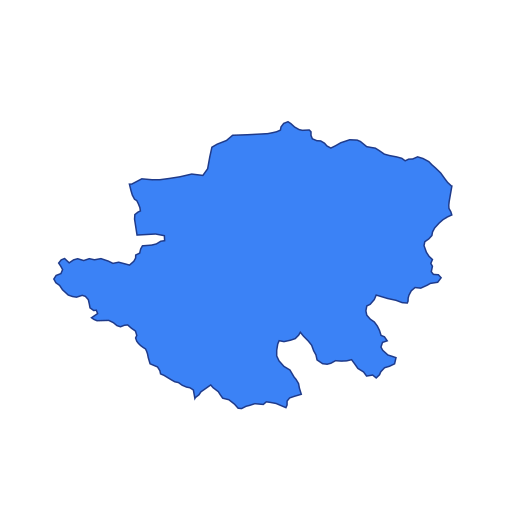 Raub, Pahang, Malaysia (Robinson projection), rotated 113°
{"feature_id": "92858781B38754902087589", "entity_name": "Raub", "entity_type": "district", "adm_level": 2, "iso_a3": "MYS", "parent_name": "Malaysia", "parent_adm1": "Pahang", "projection": "robinson", "projection_center": [101.866, 3.837], "detail": "fine", "context": "isolated", "style": "filled", "palette": "blue", "viewbox_px": 512, "rotation_deg": 113, "n_neighbors": 0, "source": "geoboundaries", "source_scale": "gbopen_adm2", "svg_char_len": 3461}
<svg xmlns="http://www.w3.org/2000/svg" viewBox="0 0 512 512"><g transform="rotate(113 256 256)"><path d="M138.8,293.0L147.7,311.2L154.0,324.7L161.2,328.3L168.3,335.5L173.1,339.1L182.7,337.3L194.6,334.6L202.6,336.4L205.7,347.2L212.9,357.1L218.5,366.1L223.3,374.2L226.4,381.4L229.6,391.3L238.4,398.5L239.3,400.6L244.7,396.6L248.3,393.6L251.2,390.0L251.6,387.4L253.8,384.8L256.8,381.8L259.7,380.0L261.7,381.8L265.2,383.7L269.5,382.2L283.2,373.7L275.0,357.1L273.1,348.3L277.6,346.1L279.6,349.4L283.8,352.4L286.8,356.4L291.0,364.5L294.6,364.9L298.8,364.2L302.1,367.1L305.0,366.0L308.6,366.4L313.8,368.9L314.5,374.1L315.4,380.0L318.7,384.8L318.4,390.0L319.0,397.7L322.6,403.2L323.6,408.4L327.5,412.8L328.2,419.1L330.8,422.4L335.3,425.3L333.1,431.2L335.7,433.8L339.6,434.9L341.5,432.0L344.1,428.7L348.4,428.7L352.0,432.4L356.2,433.1L356.5,432.7L358.8,429.8L359.8,425.3L362.7,420.9L365.3,413.6L365.0,409.1L364.0,405.1L360.1,400.6L359.8,397.3L361.7,393.3L365.3,390.7L368.6,388.5L369.6,384.1L368.3,381.8L370.9,379.3L377.1,383.3L377.7,380.4L377.7,377.1L374.8,370.8L372.8,366.4L373.1,361.2L374.4,356.8L374.1,353.1L371.2,350.1L369.6,347.2L371.2,342.4L372.2,337.6L375.7,334.7L378.5,334.8L381.0,332.5L382.4,330.1L383.5,327.3L384.3,324.0L384.7,321.4L386.4,319.5L388.5,317.6L391.6,315.5L396.6,311.4L396.6,309.2L396.6,303.3L399.2,299.6L401.8,297.8L401.8,294.1L403.1,285.3L403.5,281.6L402.8,277.9L403.8,273.5L403.8,268.7L403.1,265.4L403.8,261.3L411.0,256.6L410.0,256.5L406.1,254.3L402.5,253.6L392.4,247.3L394.0,244.0L395.6,237.7L397.6,234.8L399.9,231.1L398.9,224.8L400.8,217.8L403.1,213.0L402.1,209.7L398.2,206.4L396.0,203.5L392.4,199.4L389.8,191.3L386.2,189.5L385.2,185.8L383.9,179.9L383.9,169.2L381.0,169.2L377.4,170.7L373.5,169.6L370.2,165.9L365.6,160.3L360.7,164.4L356.8,167.0L353.9,171.0L352.6,173.6L347.7,180.2L346.7,187.2L343.5,193.9L339.9,197.9L334.7,200.1L328.5,201.6L324.9,201.6L323.9,196.8L320.0,191.3L316.7,187.6L312.2,185.8L308.9,185.4L311.2,181.0L313.8,174.7L316.4,169.9L320.7,165.9L323.6,162.2L327.8,159.2L329.1,152.6L327.8,148.2L325.5,145.2L321.3,141.9L319.4,136.4L317.1,131.6L314.1,127.5L316.7,123.1L319.7,118.3L320.7,111.7L323.3,107.3L320.0,102.1L321.3,97.7L317.1,95.9L313.8,95.9L308.6,94.0L305.3,90.0L301.1,86.3L294.9,87.4L295.2,91.8L295.6,95.9L293.3,102.5L291.0,105.4L286.1,105.8L282.8,102.1L280.2,106.2L280.2,109.9L276.3,113.2L273.1,116.9L270.5,121.3L269.5,126.1L267.2,130.9L263.6,133.4L258.7,134.5L255.8,132.0L249.9,130.1L245.0,130.1L243.7,118.3L242.1,109.9L241.8,103.2L240.2,98.4L238.2,98.4L235.3,99.5L232.3,99.9L227.4,99.5L222.9,97.3L221.2,91.8L216.0,87.0L213.1,84.8L209.2,78.5L203.7,77.1L202.0,80.8L203.6,85.5L202.0,88.5L196.5,89.6L194.5,92.2L190.3,92.2L188.7,96.6L186.0,100.6L180.8,105.4L176.9,106.2L172.7,103.6L168.4,102.1L164.9,102.9L160.3,102.5L154.1,100.3L149.5,98.1L145.3,95.1L141.7,91.8L139.1,94.0L136.8,97.0L133.9,98.4L130.3,99.5L115.2,103.0L115.3,103.2L113.4,108.4L111.1,112.4L107.5,118.3L104.9,125.0L103.3,129.8L101.6,133.8L101.0,140.4L101.6,146.0L105.5,149.7L107.2,153.3L110.1,155.9L109.1,160.0L109.8,165.1L111.4,172.5L112.1,177.7L110.8,183.9L110.1,188.3L111.1,192.4L112.1,196.8L109.8,204.6L109.8,208.2L112.4,215.2L118.6,222.2L123.5,225.9L127.4,229.3L127.0,233.7L125.4,237.0L124.8,241.4L126.1,245.1L126.1,249.9L123.5,252.5L120.2,253.9L119.2,256.2L122.2,262.4L122.8,265.7L122.2,270.9L120.5,275.7L119.9,279.0L123.1,282.3L127.4,283.4L130.6,282.7L133.6,285.6L135.8,288.6L138.8,293.0Z" fill="#3b82f6" stroke="#1e3a8a" stroke-width="1.5"/></g></svg>